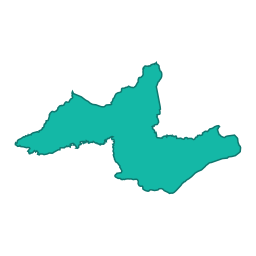 Nova Brasilândia, Mato Grosso, Brazil (Albers equal-area conic projection)
{"feature_id": "56859067B53248656443565", "entity_name": "Nova Brasilândia", "entity_type": "district", "adm_level": 2, "iso_a3": "BRA", "parent_name": "Brazil", "parent_adm1": "Mato Grosso", "projection": "albers", "projection_center": [-55.084, -14.745], "detail": "fine", "context": "isolated", "style": "filled", "palette": "teal", "viewbox_px": 256, "rotation_deg": 0, "n_neighbors": 0, "source": "geoboundaries", "source_scale": "gbopen_adm2", "svg_char_len": 5872}
<svg xmlns="http://www.w3.org/2000/svg" viewBox="0 0 256 256"><path d="M191.6,176.6L195.1,173.1L197.9,171.4L201.5,169.9L205.4,166.3L205.9,165.5L207.1,164.7L209.4,162.8L211.3,162.5L222.4,158.6L227.3,158.1L227.9,157.6L228.4,156.9L231.9,156.5L235.4,155.6L239.4,152.5L240.2,151.6L240.6,147.7L240.1,146.2L239.2,145.4L238.0,142.3L237.6,138.6L237.1,137.8L234.5,135.1L227.7,136.0L225.9,136.5L224.7,137.5L223.3,137.3L221.6,136.5L220.8,136.1L220.4,135.3L219.2,134.7L217.9,131.2L217.4,129.1L218.0,128.8L218.3,128.2L218.3,127.5L219.5,126.7L218.7,125.7L216.9,125.9L215.0,126.6L212.4,128.3L209.7,129.0L207.5,131.6L205.8,131.2L205.0,131.4L202.5,133.1L202.6,134.1L201.9,135.1L200.4,135.5L199.8,135.1L198.5,135.5L197.6,135.5L197.2,136.9L195.7,137.3L194.8,138.9L194.4,139.3L193.6,139.6L192.4,139.0L191.7,138.4L189.0,138.4L187.7,138.7L187.4,138.0L186.2,137.5L184.7,138.0L184.3,138.9L183.7,139.3L181.9,138.8L181.4,138.4L180.1,138.1L179.6,138.4L176.7,138.4L176.7,137.6L176.4,137.1L176.3,136.3L175.9,136.0L175.0,136.5L174.1,136.7L173.8,136.1L172.0,136.1L172.0,135.4L171.4,135.7L170.4,135.5L168.6,135.8L167.9,135.8L167.1,135.2L166.7,137.0L165.8,136.0L163.8,136.3L163.4,136.8L162.4,137.1L162.0,137.6L162.0,138.2L157.2,137.7L156.3,136.2L156.6,135.5L156.0,132.6L155.4,133.0L154.6,132.5L155.0,132.0L154.6,131.5L154.4,130.5L153.9,129.8L152.5,128.7L152.8,127.8L152.1,126.6L152.6,126.2L154.1,126.2L154.2,125.2L155.1,124.8L157.3,124.4L158.6,122.2L158.5,120.9L157.7,118.5L156.7,116.8L157.2,116.3L157.0,114.8L159.7,114.1L160.0,113.3L159.9,111.4L159.5,109.8L160.4,109.2L160.1,106.5L156.3,86.6L157.3,84.5L157.9,82.3L159.1,81.1L159.5,80.3L160.9,78.4L161.6,76.8L161.8,74.7L161.6,72.8L160.8,71.3L160.1,70.9L159.7,70.1L159.7,69.1L159.2,68.5L159.0,65.9L157.8,64.5L156.9,64.2L156.5,63.4L156.3,62.6L155.8,63.2L154.6,63.6L154.6,64.3L153.9,64.0L153.0,64.1L152.0,64.6L151.2,64.6L150.6,65.8L149.7,66.0L149.1,65.8L148.6,66.4L148.1,66.1L146.9,66.3L145.8,66.0L145.0,66.0L144.7,66.6L143.5,67.4L143.7,68.4L143.1,68.5L142.9,69.1L143.2,69.9L143.0,72.0L143.2,74.3L142.5,75.9L140.9,77.4L139.4,77.5L138.7,78.0L138.2,79.6L138.1,82.2L137.5,82.7L135.6,86.2L133.7,87.6L132.8,87.6L132.0,87.3L131.1,87.4L128.6,86.2L127.3,87.3L126.0,87.3L124.3,88.2L122.7,88.2L122.0,88.4L121.6,88.9L121.5,90.8L121.0,91.8L120.2,92.3L117.9,92.8L116.3,93.7L115.8,94.2L114.9,95.9L114.2,97.8L113.2,98.6L112.3,101.7L111.4,102.2L111.0,102.8L111.5,103.6L111.6,104.2L110.9,104.7L107.0,104.9L106.1,105.1L104.4,106.7L103.2,106.9L100.9,106.6L95.9,104.8L92.6,104.4L90.2,103.2L88.1,101.4L85.6,100.1L81.4,96.9L73.5,93.6L72.5,91.5L72.1,92.6L72.0,93.4L72.4,94.9L72.0,95.6L72.1,96.2L72.6,96.7L72.7,97.4L72.1,98.3L70.6,99.1L69.5,100.8L69.2,101.7L68.7,102.2L67.0,102.2L66.5,101.9L65.6,102.1L64.7,103.3L63.9,105.0L61.9,105.7L61.5,105.4L59.6,106.0L57.8,108.1L57.9,109.0L56.2,111.1L55.5,111.2L55.0,111.6L54.2,111.9L52.6,111.4L51.8,111.6L50.6,112.8L49.9,113.6L49.8,114.4L49.2,115.0L49.5,115.8L48.4,119.6L47.9,120.5L46.2,120.8L46.3,121.4L45.9,122.2L45.9,123.0L45.4,123.2L45.1,123.9L44.4,124.1L44.0,125.5L44.1,126.3L43.5,127.6L42.6,127.8L42.2,128.4L42.3,128.9L41.5,129.8L39.1,130.9L39.2,131.6L38.8,132.0L38.3,132.1L37.4,131.7L32.9,132.9L31.5,133.8L31.1,134.8L30.5,134.5L28.4,135.4L28.1,134.9L27.7,135.7L26.8,136.0L25.7,135.8L24.6,137.0L23.6,136.8L20.7,138.8L19.3,139.3L18.0,140.1L17.3,141.2L17.1,143.0L16.2,143.2L15.7,142.7L15.4,143.3L15.4,144.7L16.4,145.2L17.6,146.3L19.4,146.2L19.9,145.6L20.8,146.6L23.4,146.8L26.6,147.7L27.9,147.4L29.4,147.7L29.9,148.7L27.8,151.2L28.6,151.7L29.2,153.6L29.9,153.8L30.5,153.1L31.2,152.9L31.8,153.1L33.0,152.3L34.4,150.6L35.1,151.1L35.6,152.0L36.8,150.9L38.2,152.7L37.6,154.2L38.7,154.7L39.4,154.8L39.8,154.0L42.5,154.0L44.0,154.6L47.1,154.0L49.3,153.0L51.2,153.2L52.7,153.1L53.5,152.4L58.2,149.8L59.9,149.8L60.1,148.0L60.8,147.8L64.4,147.8L65.1,147.0L66.1,146.8L66.7,146.1L67.6,146.6L68.7,146.2L70.2,147.0L70.3,145.6L71.3,145.2L70.3,144.3L70.9,143.9L72.5,143.4L73.3,143.5L73.4,145.0L74.0,145.0L74.5,144.4L75.6,146.0L76.2,146.4L76.7,147.4L76.0,148.1L77.5,148.3L78.6,147.4L78.8,145.6L79.3,144.9L80.7,144.6L81.5,143.7L80.6,143.6L80.2,142.9L80.4,141.7L81.2,141.7L82.1,141.4L82.7,142.1L83.2,141.5L84.0,141.5L83.7,142.4L83.8,143.3L84.4,142.9L84.8,142.3L85.2,142.7L85.9,142.6L86.2,142.0L86.0,141.4L86.2,140.6L87.5,141.5L88.2,141.4L88.7,142.1L88.2,142.7L88.8,143.2L90.3,142.4L91.7,142.2L92.6,142.4L93.2,141.4L95.2,142.8L95.8,143.1L96.8,142.9L97.2,143.7L97.9,143.6L99.8,144.7L100.2,144.1L100.7,144.7L101.2,144.1L103.7,144.2L103.8,143.2L104.8,143.1L105.0,141.8L104.6,140.9L104.7,140.3L105.2,139.9L105.5,141.3L106.3,141.6L106.2,140.6L107.5,138.5L109.0,138.5L109.5,137.7L110.6,137.3L111.2,136.7L112.2,136.5L112.9,136.8L111.9,137.4L111.5,138.0L111.7,138.9L112.2,139.7L113.7,139.5L114.3,141.2L113.7,141.6L114.2,142.0L114.3,142.8L113.6,144.1L112.8,144.3L113.6,145.6L113.1,146.0L112.9,146.7L112.9,147.6L113.5,147.8L113.5,149.5L113.0,151.1L113.6,152.3L113.8,153.3L113.9,154.1L113.3,154.8L114.2,157.8L114.5,158.4L114.5,159.3L114.9,159.9L115.6,161.7L117.5,162.9L118.4,164.0L118.5,164.5L119.4,165.3L119.9,166.0L119.9,167.5L120.3,167.9L121.8,170.7L121.8,171.4L121.1,172.7L116.9,173.3L116.5,174.0L115.6,174.6L115.1,175.3L114.9,175.9L115.2,176.6L115.6,177.0L118.2,178.4L119.8,178.4L120.7,178.6L121.1,179.4L122.4,179.6L123.1,179.3L124.7,179.5L125.4,179.1L128.2,178.8L129.0,179.0L131.2,178.9L133.3,179.6L134.9,179.3L136.7,179.3L137.5,179.7L138.2,181.0L138.3,182.1L138.1,183.2L138.2,183.9L139.1,185.6L140.3,186.2L142.4,186.2L142.8,186.9L142.9,188.9L143.4,189.4L145.3,190.5L147.3,191.1L148.8,191.1L149.5,190.3L150.5,189.8L151.2,189.8L154.5,190.5L157.0,190.1L158.0,189.9L159.1,188.8L160.9,188.6L161.9,188.7L163.0,189.3L164.2,190.6L168.0,192.4L169.5,193.4L170.9,193.1L172.8,193.1L174.2,192.3L176.3,190.4L181.0,185.3L182.3,183.3L183.2,182.8L183.9,181.9L184.7,181.8L185.3,181.3L186.6,180.0L188.7,178.8L191.6,176.6Z" fill="#14b8a6" stroke="#0f766e" stroke-width="1.5"/></svg>